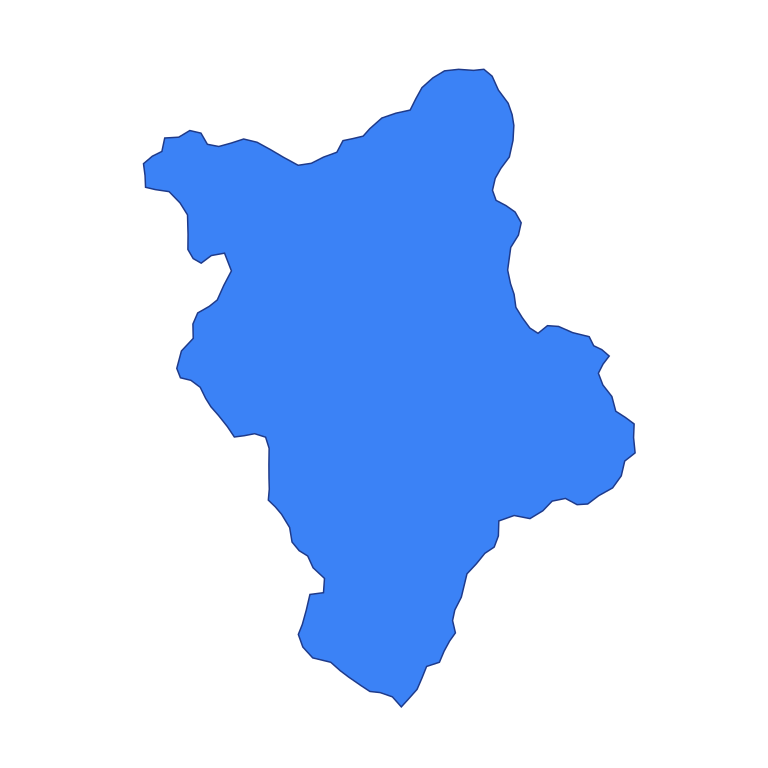 the district of Crucilândia, Minas Gerais, Brazil, rotated 4°
{"feature_id": "56859067B69877732933738", "entity_name": "Crucilândia", "entity_type": "district", "adm_level": 2, "iso_a3": "BRA", "parent_name": "Brazil", "parent_adm1": "Minas Gerais", "projection": "natural_earth1", "projection_center": [-44.362, -20.409], "detail": "fine", "context": "isolated", "style": "filled", "palette": "blue", "viewbox_px": 768, "rotation_deg": 4, "n_neighbors": 0, "source": "geoboundaries", "source_scale": "gbopen_adm2", "svg_char_len": 2078}
<svg xmlns="http://www.w3.org/2000/svg" viewBox="0 0 768 768"><g transform="rotate(4 384 384)"><path d="M488.3,95.3L477.6,82.8L470.4,69.4L461.7,63.1L451.5,64.9L436.4,64.9L422.5,67.4L411.4,75.2L401.2,85.7L395.9,97.1L391.0,108.9L377.0,113.0L363.3,118.8L352.1,130.2L345.9,138.2L335.7,141.4L326.1,144.1L320.8,156.1L307.8,161.9L296.1,168.9L283.1,171.8L268.0,164.9L255.0,158.4L240.5,151.7L226.9,149.4L214.8,154.3L202.6,158.6L191.1,157.2L183.9,146.5L172.6,144.7L162.0,152.1L148.1,153.9L146.2,167.5L137.0,172.9L128.7,181.0L131.1,192.8L132.4,204.4L142.2,206.0L156.2,207.1L167.9,217.6L176.2,229.0L178.1,248.5L179.0,263.5L184.9,272.2L193.2,276.2L202.8,267.9L215.8,264.6L223.9,281.8L217.3,296.8L211.8,311.8L204.3,318.7L193.2,326.1L189.2,337.5L190.5,351.8L179.6,365.2L176.2,382.9L180.5,392.0L191.1,393.8L200.9,400.1L207.1,410.8L213.0,418.9L221.1,426.9L230.7,437.4L238.4,447.3L248.3,445.3L258.4,442.6L269.6,445.3L273.9,456.2L274.8,472.3L275.8,485.5L276.9,496.9L276.7,507.9L284.1,514.1L290.9,521.1L299.9,533.8L303.3,548.1L311.0,556.2L319.9,560.9L326.1,572.3L338.2,582.1L338.2,596.4L324.8,599.1L322.2,615.2L319.3,629.5L316.0,639.8L321.4,652.1L332.0,662.2L350.3,665.3L360.4,673.1L369.3,678.9L382.3,686.6L391.4,691.7L401.7,692.1L414.2,695.5L423.8,704.9L430.2,696.8L438.3,686.3L442.3,674.9L446.2,662.8L458.7,657.7L462.6,646.3L467.4,635.8L472.6,627.3L468.9,615.2L470.4,604.5L476.0,591.3L480.0,567.6L488.7,556.9L496.4,545.9L505.3,539.0L508.7,527.6L508.1,512.6L523.0,506.1L539.0,508.1L551.3,499.4L559.9,489.1L573.0,485.5L585.0,490.9L595.6,489.5L606.0,480.4L619.3,471.7L627.1,459.1L629.5,444.1L639.3,435.2L636.7,420.0L636.3,406.4L627.1,400.5L617.1,395.0L612.2,380.6L602.4,369.7L597.1,358.3L601.1,348.9L606.7,340.4L599.0,334.6L590.5,331.2L585.4,322.5L568.6,319.6L554.1,314.4L543.0,314.4L534.1,322.7L525.6,318.0L517.3,308.2L510.2,298.3L507.5,285.4L503.2,275.1L499.4,261.7L500.9,238.9L507.7,226.1L509.6,213.6L502.8,203.3L493.2,197.5L483.0,193.0L478.7,183.2L480.6,171.1L485.5,160.8L493.2,148.8L495.7,132.0L495.5,117.0L493.0,106.3L488.3,95.3Z" fill="#3b82f6" stroke="#1e3a8a" stroke-width="1.5"/></g></svg>